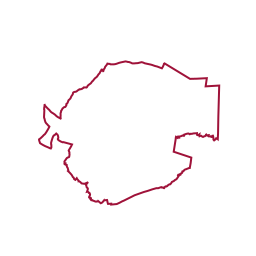 the district of Gura Vadului, Prahova, Romania, rotated 298°
{"feature_id": "2599482B35654118290873", "entity_name": "Gura Vadului", "entity_type": "district", "adm_level": 2, "iso_a3": "ROU", "parent_name": "Romania", "parent_adm1": "Prahova", "projection": "robinson", "projection_center": [26.431, 45.048], "detail": "fine", "context": "isolated", "style": "outline", "palette": "rose", "viewbox_px": 256, "rotation_deg": 298, "n_neighbors": 0, "source": "geoboundaries", "source_scale": "gbopen_adm2", "svg_char_len": 5589}
<svg xmlns="http://www.w3.org/2000/svg" viewBox="0 0 256 256"><g transform="rotate(298 128 128)"><path d="M200.5,159.7L202.2,129.9L201.8,129.7L201.5,129.6L200.6,129.9L198.2,130.0L196.6,129.9L196.0,125.0L195.4,122.6L195.0,119.8L194.7,118.4L193.0,112.4L192.9,110.8L192.6,109.4L192.4,109.0L191.8,108.3L189.9,106.2L188.8,104.4L187.8,102.9L187.3,102.0L187.0,101.0L187.0,99.7L186.8,98.5L186.7,97.8L186.3,97.1L186.0,95.7L185.6,94.5L182.5,90.8L181.2,89.4L179.3,87.7L178.2,86.5L177.6,85.6L176.0,82.7L176.0,82.1L176.1,81.8L176.0,81.6L175.6,81.0L175.5,80.5L175.3,80.1L175.2,79.6L173.9,79.6L171.3,79.1L170.0,79.3L169.2,79.3L168.2,79.0L167.8,79.2L167.6,79.3L167.1,79.0L166.9,79.4L166.6,79.5L166.5,79.4L166.6,79.2L167.2,78.5L167.3,78.3L167.1,77.8L167.3,77.4L167.1,77.2L166.5,77.2L166.0,77.4L165.8,77.5L165.2,77.1L162.9,77.2L161.3,76.7L160.3,76.7L158.9,76.5L158.1,76.3L156.9,75.7L156.3,75.5L154.6,75.1L153.5,75.0L152.3,74.5L150.0,74.2L148.0,73.2L146.5,72.6L146.1,72.6L145.0,72.6L144.3,72.4L144.2,72.3L144.0,71.6L143.5,70.8L143.3,70.3L143.1,69.9L142.9,69.8L142.4,69.8L142.0,69.5L141.3,69.2L141.1,69.1L140.8,68.7L140.0,68.1L139.4,66.9L139.0,66.9L137.9,66.1L137.1,65.8L136.0,65.3L135.3,64.6L134.9,64.0L134.6,63.6L133.6,63.0L133.1,63.0L132.2,63.3L131.7,63.4L129.3,63.1L127.1,63.3L125.4,62.8L124.8,62.5L124.0,62.5L123.1,62.7L121.8,62.8L121.0,62.7L120.2,62.3L119.7,62.5L119.1,62.9L117.4,62.8L117.0,62.6L116.6,62.0L116.0,61.6L114.8,61.2L114.4,61.0L113.3,61.1L111.7,60.9L110.9,61.3L109.4,61.5L107.1,62.8L105.8,63.3L105.4,63.6L105.1,64.0L104.7,64.0L104.7,61.2L104.7,60.6L105.0,59.0L105.5,57.3L105.7,55.7L105.8,54.8L105.8,54.0L106.0,52.5L106.7,50.6L107.0,50.1L107.4,48.4L108.0,46.5L108.8,44.1L109.3,43.6L109.2,43.5L107.9,44.1L106.5,44.5L105.1,45.2L105.1,45.3L104.4,45.8L98.3,48.7L97.6,49.2L96.7,50.2L95.7,51.0L94.3,52.5L93.7,53.7L93.6,54.1L93.5,54.5L92.7,56.6L92.4,57.9L91.8,58.0L89.6,58.0L85.6,57.8L83.4,57.5L82.4,57.0L80.5,56.5L77.6,55.5L76.2,54.8L75.3,55.4L73.3,57.5L73.1,60.6L73.1,63.3L73.4,66.5L73.5,68.7L73.7,69.5L74.6,69.5L75.0,69.4L76.1,68.8L77.3,68.1L77.6,67.7L79.0,67.0L81.2,66.5L83.9,66.0L85.0,65.9L86.3,65.9L86.8,66.1L87.2,66.5L87.5,66.6L88.4,66.9L89.4,67.2L89.2,67.8L89.1,68.7L88.9,69.0L88.1,70.0L87.4,70.5L87.1,70.8L86.5,71.1L85.3,71.2L85.1,71.4L84.9,71.6L84.6,72.9L84.5,75.1L84.7,76.9L84.8,77.2L85.2,77.6L87.2,86.3L85.1,86.4L80.9,86.2L80.3,86.2L79.8,86.7L79.1,87.7L78.2,88.0L77.6,88.6L76.7,89.0L75.3,89.5L74.8,89.6L74.4,89.4L73.6,88.6L72.9,88.2L72.1,88.0L70.1,87.8L69.8,87.7L69.0,87.6L68.3,87.7L67.9,88.1L66.5,88.7L66.3,89.2L66.3,89.8L66.8,89.9L66.4,90.2L66.4,90.7L66.6,91.1L66.6,91.3L66.1,91.5L65.3,92.1L64.9,92.6L64.5,93.4L62.7,95.1L62.2,95.5L61.8,95.3L61.2,97.5L60.3,99.9L59.8,100.9L58.8,102.3L58.7,103.3L57.7,104.3L57.5,105.1L57.5,105.9L58.3,106.0L59.6,106.3L59.1,107.0L58.3,109.1L57.7,109.4L58.0,109.9L57.9,111.3L57.3,113.0L58.2,115.6L59.3,116.6L60.8,117.8L60.7,118.0L58.1,117.5L57.6,118.1L57.3,118.5L56.4,119.2L56.3,119.4L56.1,119.7L56.0,120.5L55.5,121.1L54.6,121.4L52.5,121.7L52.9,122.1L52.8,122.5L52.8,123.1L52.3,123.8L52.6,124.4L52.3,124.8L51.7,125.6L51.0,125.9L50.3,126.0L49.0,126.0L48.6,126.1L48.4,126.4L48.3,126.7L48.5,127.3L48.8,127.8L48.7,128.2L48.5,128.4L47.7,128.5L47.5,128.4L47.0,129.5L47.1,129.8L47.6,130.4L47.6,130.6L47.4,131.0L47.7,132.7L47.7,133.5L47.8,133.8L47.9,134.1L48.3,134.6L48.4,135.1L48.8,135.4L49.3,135.9L49.5,135.9L48.8,139.3L49.9,140.1L50.8,140.4L52.8,140.8L52.7,140.9L53.4,141.6L54.6,143.3L54.4,143.5L52.5,145.1L51.6,146.0L53.3,148.7L52.5,149.1L55.6,153.8L58.4,155.9L60.4,157.2L62.0,158.5L69.0,163.5L71.7,165.4L78.9,172.0L81.7,174.9L85.4,178.4L87.7,180.8L88.2,181.3L88.9,182.7L89.1,183.0L91.0,184.7L91.5,185.3L91.5,185.5L91.3,185.8L91.4,186.1L91.7,186.4L92.0,187.0L91.7,187.6L91.8,188.1L92.1,188.2L92.9,188.1L93.8,188.4L94.1,188.6L94.3,189.3L95.1,189.9L95.4,190.0L95.7,189.9L95.9,190.0L96.3,190.2L97.3,190.8L97.6,190.9L97.8,191.1L98.0,191.6L98.5,191.8L99.2,192.0L101.0,192.1L102.6,193.3L103.2,193.6L103.8,193.7L105.5,194.8L106.7,195.0L109.7,195.3L109.8,195.2L109.5,194.7L109.4,194.6L109.6,194.3L110.0,194.3L110.4,194.4L110.6,194.7L110.6,195.5L111.4,196.3L111.5,196.3L111.7,196.2L112.0,195.7L112.4,195.9L113.3,196.6L113.8,196.8L114.2,196.7L115.0,196.4L115.3,196.4L115.8,197.2L117.5,197.5L118.4,198.1L119.1,198.9L119.6,199.2L120.7,200.2L121.4,200.7L121.7,201.3L126.4,199.8L131.6,197.8L128.5,179.5L140.9,175.2L141.0,175.1L142.3,174.6L142.8,174.5L142.8,175.1L142.5,175.6L142.5,176.0L142.5,176.3L143.2,176.1L143.5,176.1L143.4,176.6L143.5,177.1L143.4,177.5L143.5,177.7L144.2,177.2L144.5,177.1L144.7,177.6L146.1,179.1L146.9,179.5L147.1,179.8L147.1,180.4L147.4,181.1L147.8,181.1L148.2,180.6L148.4,180.6L148.7,180.9L149.5,181.6L150.5,182.6L151.3,183.6L151.5,183.9L151.6,184.4L151.4,185.3L151.5,185.5L152.3,186.0L152.8,187.1L153.9,188.3L154.6,189.4L154.9,190.0L155.3,190.6L155.5,190.9L155.8,191.3L155.4,191.5L154.8,191.9L154.3,192.4L154.5,192.8L154.5,193.2L154.6,193.3L155.4,193.7L156.0,194.0L155.2,194.3L154.5,194.8L154.3,195.0L154.8,195.4L155.5,196.3L155.2,197.8L155.4,198.5L156.5,199.2L156.8,199.7L157.1,199.9L157.9,200.1L158.7,200.0L158.9,200.1L158.4,200.8L158.4,201.1L158.5,201.3L158.9,201.6L159.4,202.3L158.8,202.3L158.5,202.8L158.5,203.3L158.6,203.5L159.3,204.5L159.4,204.8L159.2,205.3L159.3,206.0L159.5,206.3L159.8,206.3L160.7,206.1L161.1,206.6L160.5,207.2L159.6,207.8L159.1,208.3L158.5,208.5L157.9,208.9L157.7,209.2L157.5,209.8L158.2,210.0L158.5,210.4L158.7,210.5L159.6,210.7L160.3,210.7L160.2,211.5L160.4,212.1L160.3,212.5L165.4,210.1L180.3,202.5L208.3,188.6L201.2,177.0L209.0,174.2L204.0,165.9L200.5,159.7Z" fill="none" stroke="#9f1239" stroke-width="2"/></g></svg>